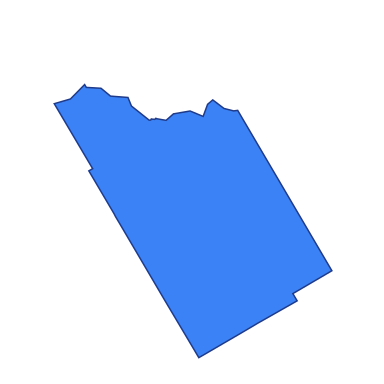 Nevada, Arkansas, United States of America (Equal Earth projection), rotated 328°
{"feature_id": "52423323B31821089885349", "entity_name": "Nevada", "entity_type": "district", "adm_level": 2, "iso_a3": "USA", "parent_name": "United States of America", "parent_adm1": "Arkansas", "projection": "equal_earth", "projection_center": [-93.306, 33.699], "detail": "fine", "context": "isolated", "style": "filled", "palette": "blue", "viewbox_px": 384, "rotation_deg": 328, "n_neighbors": 0, "source": "geoboundaries", "source_scale": "gbopen_adm2", "svg_char_len": 823}
<svg xmlns="http://www.w3.org/2000/svg" viewBox="0 0 384 384"><g transform="rotate(328 192 192)"><path d="M110.4,319.6L110.0,336.1L161.2,337.7L178.0,338.1L223.5,340.0L223.7,331.6L268.9,332.9L274.0,147.0L270.3,145.3L263.4,138.1L258.4,124.9L251.7,125.9L241.5,133.8L233.3,122.3L217.7,115.9L208.0,117.5L200.6,110.9L200.5,110.4L200.3,110.3L200.1,110.3L199.6,110.6L199.3,110.6L198.8,110.6L198.5,110.4L198.3,110.2L197.5,109.6L197.0,109.3L196.8,109.1L196.6,108.7L196.3,108.6L196.1,108.5L195.9,108.6L195.7,108.8L195.4,108.9L195.3,109.0L195.1,109.1L194.6,108.9L194.2,108.7L193.7,108.3L186.2,87.0L187.8,77.9L173.7,67.5L169.8,55.8L157.8,47.3L157.9,44.0L138.2,48.7L122.0,44.1L120.1,119.6L115.7,119.4L114.6,160.9L114.4,169.1L114.1,172.2L113.9,181.5L111.5,269.5L110.4,319.6Z" fill="#3b82f6" stroke="#1e3a8a" stroke-width="1.5"/></g></svg>